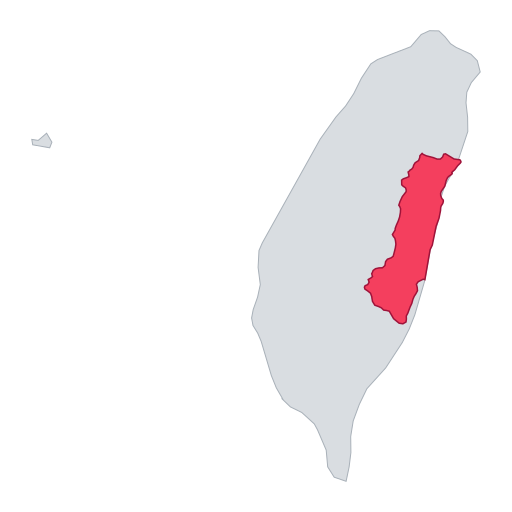 location of Hualien within Taiwan
{"feature_id": "TWN-1172", "entity_name": "Hualien", "entity_type": "County", "adm_level": 1, "iso_a3": "TWN", "parent_name": "Taiwan", "parent_adm1": "", "projection": "mercator", "projection_center": [121.379, 23.74], "detail": "fine", "context": "in_parent", "style": "filled", "palette": "rose", "viewbox_px": 512, "rotation_deg": 0, "n_neighbors": 0, "source": "natural_earth", "source_scale": "10m", "svg_char_len": 2548}
<svg xmlns="http://www.w3.org/2000/svg" viewBox="0 0 512 512"><path d="M366.9,388.7L359.3,404.4L353.2,420.9L350.7,436.5L350.9,452.5L349.1,467.0L346.1,481.3L334.2,477.2L327.7,466.9L326.2,450.1L317.5,429.8L314.3,423.9L301.8,412.5L290.4,406.9L281.6,398.4L282.8,399.1L276.3,387.8L271.4,375.7L261.2,341.4L257.7,333.1L253.0,325.5L251.6,318.0L253.2,309.6L257.6,297.1L260.3,284.6L258.1,267.4L259.0,250.5L262.3,242.9L320.2,139.1L336.0,116.9L345.6,106.0L353.7,93.7L361.4,78.2L370.8,63.9L377.6,59.5L410.8,46.7L421.2,34.5L429.5,30.7L438.9,30.9L445.0,36.8L450.5,43.7L456.1,47.4L470.9,54.2L477.3,60.7L480.2,72.0L471.3,82.6L466.8,92.2L466.0,102.8L467.6,117.2L467.8,131.5L456.6,165.2L444.6,186.2L441.3,196.6L437.7,222.5L430.6,248.4L424.6,281.2L414.8,314.9L409.2,329.0L402.3,342.5L385.7,367.9L366.9,388.7ZM46.6,133.2L51.9,142.2L49.7,147.8L32.7,144.8L31.8,139.4L38.2,140.4L46.6,133.2Z" fill="#d9dde1" stroke="#a8b0b8" stroke-width="1"/><path d="M459.8,159.8L460.2,160.1L460.6,160.8L460.9,161.5L461.0,162.0L460.3,163.1L457.6,165.8L454.7,169.8L452.5,171.6L451.8,172.5L452.2,173.5L451.8,174.2L448.6,176.5L447.5,177.7L446.2,180.5L444.8,186.2L441.3,191.3L440.6,193.4L440.7,195.6L441.6,198.0L442.3,199.1L442.9,199.6L443.3,200.2L443.3,201.7L442.8,203.4L441.1,206.1L440.7,207.7L440.5,210.7L439.0,218.3L436.1,226.3L432.3,245.1L430.1,249.7L424.9,279.7L423.2,279.2L418.2,281.7L416.4,284.2L417.2,287.4L417.5,290.7L415.8,293.9L414.2,296.3L412.9,299.4L411.8,303.4L410.1,307.0L407.8,313.2L406.3,316.0L406.4,319.1L406.0,322.0L402.9,323.8L399.1,323.2L393.6,318.7L389.3,311.2L386.6,310.5L383.7,310.1L381.3,307.8L378.5,306.5L374.8,305.2L372.5,301.4L371.9,297.9L371.8,296.8L370.5,293.2L367.5,290.8L364.9,289.1L364.4,287.2L365.1,285.7L367.7,284.6L369.1,282.2L368.2,279.5L371.0,277.9L372.5,276.6L371.7,273.7L372.4,272.4L373.1,270.5L375.5,268.7L379.0,267.9L382.4,267.8L384.9,265.6L385.6,261.6L387.4,259.2L391.0,257.9L393.1,256.4L393.8,254.1L395.3,248.1L395.9,244.2L395.5,240.9L394.9,238.3L393.4,236.4L392.4,234.5L395.1,230.1L395.2,228.4L396.4,225.1L398.2,221.1L399.6,217.0L400.4,212.4L400.6,208.8L399.8,206.7L398.8,205.2L400.0,201.6L402.3,196.6L406.1,191.7L406.2,189.9L405.5,187.8L403.1,186.2L401.7,184.8L401.6,180.1L403.3,178.8L406.5,177.7L408.9,176.6L408.8,174.9L408.1,172.0L409.4,171.0L410.0,170.1L411.6,169.2L413.0,167.5L413.7,165.1L415.1,162.8L418.6,160.5L419.7,157.6L419.9,155.7L422.1,153.4L423.2,154.4L426.3,155.8L433.3,157.6L437.2,159.1L440.3,159.1L442.6,157.0L443.7,154.2L445.5,153.8L454.1,159.0L459.3,159.7L459.8,159.8Z" fill="#f43f5e" stroke="#9f1239" stroke-width="1.5"/></svg>